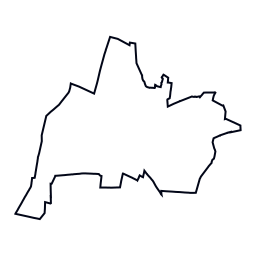 Acolman, México, Mexico (Natural Earth projection)
{"feature_id": "50627088B99442443114281", "entity_name": "Acolman", "entity_type": "district", "adm_level": 2, "iso_a3": "MEX", "parent_name": "Mexico", "parent_adm1": "México", "projection": "natural_earth1", "projection_center": [-98.921, 19.637], "detail": "fine", "context": "isolated", "style": "outline", "palette": "ink", "viewbox_px": 256, "rotation_deg": 0, "n_neighbors": 0, "source": "geoboundaries", "source_scale": "gbopen_adm2", "svg_char_len": 5127}
<svg xmlns="http://www.w3.org/2000/svg" viewBox="0 0 256 256"><path d="M240.6,130.0L240.4,125.9L240.4,125.5L225.8,118.8L224.9,119.1L225.6,111.5L223.3,105.4L222.4,105.6L212.7,100.4L213.2,97.9L213.7,96.0L213.9,95.4L214.8,93.7L215.4,92.7L215.1,92.4L214.9,92.3L214.0,92.5L213.1,92.5L210.1,92.5L208.1,92.5L203.9,92.6L202.8,93.8L202.2,94.6L201.6,95.3L200.4,96.6L200.3,96.8L200.1,97.1L199.9,97.3L199.5,96.8L199.5,96.7L199.4,96.5L199.4,96.4L199.2,96.4L199.0,96.5L198.9,96.5L198.7,96.5L198.4,96.5L197.8,96.7L197.4,96.8L197.2,96.9L196.9,96.9L196.5,97.0L196.3,97.0L196.1,96.9L195.9,96.9L195.8,96.7L195.7,96.7L195.4,96.7L195.2,96.6L194.9,96.6L194.7,96.6L194.5,96.8L194.4,96.9L194.1,96.9L193.9,96.9L193.7,96.9L192.6,96.7L192.4,96.6L192.1,96.6L191.9,96.5L191.7,96.6L179.7,101.3L179.6,101.2L179.2,101.5L173.7,103.8L171.6,104.8L169.3,105.9L167.8,106.6L167.3,100.0L167.4,99.5L167.6,99.4L167.9,99.1L169.3,98.5L169.5,98.4L169.7,98.2L169.7,97.9L170.0,96.6L170.2,94.7L170.3,93.8L170.4,92.6L170.5,91.8L170.6,91.0L170.8,90.1L171.0,88.3L171.2,87.3L171.3,86.2L171.4,85.3L171.6,83.1L169.9,82.8L168.9,82.6L168.7,82.6L168.0,82.5L167.8,82.5L168.0,80.2L168.2,77.7L163.9,74.9L163.5,74.7L163.4,74.9L162.9,75.5L162.7,76.0L162.3,76.6L161.9,77.0L161.7,77.4L161.9,77.7L162.2,78.2L162.5,78.3L162.7,78.5L162.8,78.7L162.8,79.0L162.6,79.6L162.3,80.7L162.1,81.3L162.1,81.7L162.0,82.0L161.3,82.8L161.3,83.1L161.5,84.0L161.5,84.3L160.8,86.2L160.8,86.6L160.7,87.1L159.6,86.9L157.7,86.4L156.1,85.9L155.8,85.9L156.0,85.4L155.7,85.2L155.5,84.9L155.2,84.8L155.2,85.0L155.0,85.5L155.1,85.8L155.1,86.1L155.1,86.4L155.1,86.5L155.0,86.8L155.0,87.0L155.0,87.3L154.9,87.6L154.9,87.8L154.6,88.0L154.2,88.0L153.6,87.9L153.2,87.8L152.1,87.8L150.7,87.7L149.8,87.7L149.5,87.8L148.7,87.5L148.3,87.4L148.1,87.3L147.9,87.3L147.3,87.1L147.0,87.0L146.8,86.8L146.6,86.7L146.0,86.3L145.7,85.9L145.4,85.0L145.0,84.1L144.8,83.2L144.7,83.1L144.7,82.9L144.5,82.4L144.4,81.9L144.2,81.5L144.0,81.3L143.9,81.3L143.7,81.1L143.4,80.9L143.1,80.4L142.9,80.0L142.8,79.7L142.7,79.4L142.5,79.1L142.5,78.9L142.4,78.6L142.3,77.7L142.2,77.5L142.2,77.1L142.1,76.4L142.1,75.3L141.9,75.2L141.7,74.7L136.5,63.2L136.3,60.1L136.1,57.7L136.1,57.1L135.7,50.9L135.3,43.5L129.9,42.6L129.5,45.2L117.8,38.9L110.1,36.9L106.4,48.2L105.8,49.8L105.8,50.2L104.3,54.7L104.3,54.8L102.3,62.1L101.6,64.6L100.4,69.1L100.0,70.6L99.3,73.6L97.8,80.1L97.0,83.3L94.1,93.6L79.0,86.6L71.0,83.6L70.8,83.5L70.2,87.6L69.2,91.3L68.5,92.7L63.8,98.6L62.9,99.8L61.9,101.0L59.0,104.8L57.8,105.8L56.5,106.9L53.3,109.7L50.7,111.8L46.3,115.9L41.7,135.3L41.8,141.2L39.1,153.4L38.3,156.1L38.0,156.9L37.9,157.2L37.9,157.7L37.9,158.2L37.7,159.2L37.6,160.2L37.5,160.5L37.4,161.6L36.8,165.0L36.1,169.3L36.0,169.7L36.0,170.2L35.9,170.6L35.7,171.7L35.6,172.4L35.5,172.8L35.4,174.0L35.2,175.0L35.0,176.0L34.7,177.8L34.1,177.9L33.6,177.9L32.9,178.0L32.6,178.0L32.1,178.0L31.8,180.6L31.8,181.1L31.7,181.4L31.6,182.1L31.5,182.9L31.5,183.3L31.4,183.8L31.3,184.6L31.2,185.0L31.1,185.7L31.1,186.0L30.5,187.5L29.6,188.9L29.4,189.3L29.0,190.1L28.2,191.3L27.9,191.8L27.6,192.4L27.5,192.6L27.2,193.0L26.2,194.9L25.8,195.5L25.4,196.2L25.0,196.8L24.6,197.5L24.0,198.6L23.9,198.8L23.7,199.2L23.3,199.9L23.0,200.3L22.4,201.5L21.9,202.4L21.7,202.8L21.5,203.1L21.0,204.0L20.5,204.9L20.2,205.3L20.1,205.6L19.5,206.5L19.0,207.5L18.8,207.8L18.6,208.1L18.3,208.7L18.1,209.0L17.4,210.4L17.3,210.5L15.5,213.5L15.4,213.8L28.6,216.7L33.9,217.9L37.1,218.5L38.0,218.7L39.8,219.1L44.6,213.1L44.9,208.7L45.1,202.1L50.4,203.5L50.9,203.2L50.8,198.8L50.7,196.6L50.9,196.7L50.7,190.1L50.7,189.8L50.6,183.7L51.6,183.8L51.7,183.7L55.3,176.1L55.3,175.8L58.5,175.6L62.0,175.3L64.7,175.1L67.4,174.8L69.9,174.6L71.6,174.4L72.7,174.4L72.8,174.4L73.9,174.2L75.3,174.1L77.7,173.9L79.5,173.8L81.4,173.5L83.0,173.4L84.9,173.4L85.5,173.4L87.5,173.5L90.1,173.6L92.2,173.7L93.5,173.8L95.1,173.8L96.7,173.9L98.3,174.0L98.9,174.1L99.3,174.7L99.7,175.1L100.1,175.5L100.4,175.7L100.8,175.8L101.5,176.0L101.3,178.0L100.8,182.4L100.6,184.1L100.3,187.5L100.6,187.5L109.9,187.6L110.7,187.7L116.2,187.5L120.0,187.4L120.9,182.8L121.2,181.0L122.9,173.5L123.0,173.5L130.5,177.0L132.1,177.7L132.6,178.0L134.0,178.7L135.4,179.4L135.7,179.6L136.7,180.0L137.2,180.3L137.4,180.5L137.7,179.8L138.0,179.2L138.2,178.9L138.7,177.9L138.9,177.2L139.7,175.4L141.9,176.7L143.0,177.2L143.6,174.4L144.0,172.9L144.4,170.7L145.4,172.0L146.6,173.7L146.9,174.0L147.0,174.0L147.3,174.5L148.2,175.5L148.6,176.0L149.0,176.4L149.2,176.6L150.4,177.9L151.1,178.8L151.9,179.8L152.5,180.4L153.4,181.7L153.6,182.1L155.6,185.8L156.4,187.1L157.7,189.0L160.1,192.4L161.1,194.3L161.5,194.7L161.4,194.2L161.3,190.9L166.7,191.3L172.0,191.6L175.8,191.9L180.1,192.1L184.8,192.5L188.7,192.7L189.3,192.8L191.6,192.9L195.8,192.8L199.7,179.1L199.8,178.7L200.1,178.3L200.9,176.6L208.0,167.2L208.6,166.3L210.5,164.1L211.6,162.9L211.7,161.7L212.5,159.7L213.9,158.7L214.5,156.4L215.4,151.5L214.8,149.5L214.3,148.6L212.6,142.3L213.2,139.8L213.6,138.3L214.6,137.8L216.5,137.0L219.6,135.6L219.9,135.6L219.9,135.4L224.0,134.0L226.3,133.2L227.5,132.9L227.5,132.7L230.7,131.9L230.6,132.3L240.6,130.2L240.6,130.0Z" fill="none" stroke="#020617" stroke-width="2"/></svg>